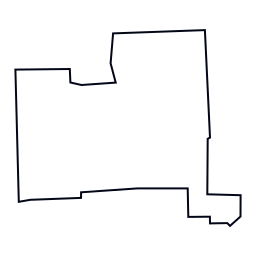 the district of Schuyler, New York, United States of America
{"feature_id": "52423323B65441354087785", "entity_name": "Schuyler", "entity_type": "district", "adm_level": 2, "iso_a3": "USA", "parent_name": "United States of America", "parent_adm1": "New York", "projection": "mercator", "projection_center": [-76.828, 42.39], "detail": "fine", "context": "isolated", "style": "outline", "palette": "ink", "viewbox_px": 256, "rotation_deg": 0, "n_neighbors": 0, "source": "geoboundaries", "source_scale": "gbopen_adm2", "svg_char_len": 410}
<svg xmlns="http://www.w3.org/2000/svg" viewBox="0 0 256 256"><path d="M113.1,33.4L110.6,63.3L115.7,82.6L81.5,85.0L70.4,82.5L69.8,69.0L15.4,69.6L18.8,201.8L30.3,199.8L81.0,197.9L81.1,192.3L137.4,188.4L187.7,188.4L188.3,216.9L209.9,216.7L210.0,223.4L227.3,223.1L230.0,225.9L240.5,216.5L240.6,195.2L207.3,194.3L207.7,138.8L210.0,137.6L204.9,30.1L113.1,33.4Z" fill="none" stroke="#020617" stroke-width="2"/></svg>